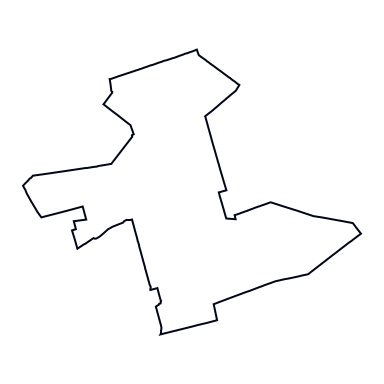 Liebling, Timis, Romania
{"feature_id": "2599482B87528354866966", "entity_name": "Liebling", "entity_type": "district", "adm_level": 2, "iso_a3": "ROU", "parent_name": "Romania", "parent_adm1": "Timis", "projection": "mercator", "projection_center": [21.34, 45.584], "detail": "fine", "context": "isolated", "style": "outline", "palette": "ink", "viewbox_px": 384, "rotation_deg": 0, "n_neighbors": 0, "source": "geoboundaries", "source_scale": "gbopen_adm2", "svg_char_len": 5810}
<svg xmlns="http://www.w3.org/2000/svg" viewBox="0 0 384 384"><path d="M192.0,326.6L195.0,325.8L197.2,325.2L204.3,323.5L205.5,323.3L210.4,322.0L211.8,321.6L213.8,321.1L215.6,320.6L217.1,320.2L216.6,318.0L216.1,315.6L215.4,312.2L213.7,304.2L215.6,303.5L219.4,302.0L220.8,301.5L222.9,300.7L230.3,297.9L242.4,293.4L244.2,292.7L244.5,292.6L246.2,292.0L249.5,290.9L252.2,289.9L255.8,288.5L257.9,287.7L259.2,287.2L262.1,286.2L265.3,284.9L270.7,283.0L275.3,281.3L275.8,281.2L279.8,280.3L281.9,279.8L284.6,279.2L288.7,278.5L292.6,277.7L295.2,277.1L298.6,276.4L300.7,275.8L301.6,275.6L304.5,275.0L308.3,274.2L308.6,273.9L309.8,272.9L313.9,269.7L317.4,267.0L322.6,263.0L327.1,259.5L331.3,256.2L335.8,252.8L342.2,247.8L346.4,244.6L349.1,242.5L349.9,242.0L351.8,240.7L353.0,239.7L356.4,237.1L361.0,233.7L356.3,227.7L353.3,223.7L353.1,223.3L350.9,222.7L346.5,221.9L342.8,221.2L338.3,220.4L335.0,219.8L326.2,218.2L321.8,217.4L318.4,216.9L315.9,216.5L313.3,216.1L308.6,214.5L302.5,212.5L299.5,211.5L297.5,210.8L292.7,209.3L285.0,206.9L275.4,203.8L270.7,202.3L269.4,202.7L268.4,203.1L263.4,204.9L261.5,205.5L259.4,206.3L258.9,206.5L258.5,206.5L256.4,207.3L255.7,207.5L254.6,207.9L253.5,208.4L251.0,209.3L248.9,210.1L248.4,210.3L248.0,210.4L248.0,210.5L247.6,210.7L246.4,211.1L245.1,211.5L243.4,212.1L239.4,213.6L237.7,214.2L234.6,215.2L235.6,219.2L234.0,219.1L230.2,218.8L226.3,218.5L225.7,216.7L225.2,214.9L223.8,210.0L222.6,205.8L221.3,201.4L220.1,197.3L218.9,192.8L218.8,192.4L220.0,192.1L222.0,191.5L223.5,191.1L226.4,190.3L225.7,188.0L225.0,185.7L224.8,184.9L224.1,182.7L223.9,182.1L223.3,180.0L223.1,179.2L222.5,177.4L221.9,175.1L221.4,173.7L221.1,172.6L220.8,171.6L220.6,170.9L220.0,168.8L219.1,165.7L219.1,165.3L218.2,162.5L217.8,161.2L217.4,159.6L216.6,156.9L216.1,155.3L215.8,154.1L215.2,152.0L214.2,148.5L213.6,146.5L213.4,145.8L213.0,144.5L212.7,143.4L212.2,141.6L211.9,140.6L211.3,138.2L209.9,133.2L209.0,130.0L208.8,129.2L208.7,128.9L208.3,127.5L207.9,126.1L207.5,124.5L207.2,123.4L206.8,122.0L205.9,118.8L205.3,116.4L205.2,116.3L206.6,115.1L207.4,114.5L207.8,114.2L208.8,113.4L210.2,112.3L210.9,111.8L211.6,111.2L212.0,110.9L212.5,110.5L213.2,109.9L213.9,109.3L214.3,108.9L216.0,107.5L217.2,106.5L219.8,104.2L220.7,103.4L223.2,101.3L224.0,100.7L225.5,99.4L226.5,98.5L227.2,97.9L230.2,95.4L231.0,94.7L232.2,93.7L233.0,93.1L233.6,92.6L234.3,92.0L234.8,91.6L235.4,91.1L235.7,90.8L235.8,90.7L236.0,90.5L236.9,89.0L237.2,88.4L237.5,88.0L238.1,87.1L238.6,86.3L238.9,85.8L239.1,85.3L239.2,85.1L239.3,85.0L239.0,84.8L238.4,84.3L237.8,84.0L237.4,83.7L237.0,83.4L236.6,83.1L236.2,82.7L234.9,81.7L234.4,81.3L234.2,81.2L233.5,80.7L233.1,80.4L232.7,80.2L232.2,79.8L231.6,79.4L231.1,78.9L230.3,78.2L229.8,77.8L229.2,77.6L228.9,77.4L228.5,77.2L228.3,77.0L228.1,76.8L227.8,76.5L227.3,76.1L226.3,75.4L224.7,74.2L224.0,73.7L223.2,73.1L221.2,71.6L219.9,70.6L219.2,70.2L215.9,67.7L214.8,66.9L214.2,66.4L213.3,65.8L212.6,65.3L211.8,64.7L211.5,64.5L211.2,64.3L210.6,63.9L210.1,63.6L209.5,63.0L209.2,62.8L208.5,62.2L207.2,61.4L206.8,61.1L206.6,60.9L206.3,60.6L206.1,60.4L205.0,59.6L204.4,59.2L203.6,58.6L202.7,58.0L202.2,57.6L200.7,56.6L200.0,56.0L199.3,55.6L198.8,55.1L198.2,53.7L197.9,52.8L197.0,49.9L196.9,49.6L196.0,49.9L195.2,50.3L194.3,50.6L193.8,50.8L193.4,51.0L193.1,51.1L192.6,51.3L192.0,51.5L190.5,52.0L189.7,52.3L189.2,52.5L187.8,53.0L186.9,53.3L186.1,53.5L185.9,53.5L185.1,53.7L184.4,54.0L184.2,54.1L183.8,54.3L183.6,54.4L181.9,55.0L181.4,55.2L181.0,55.3L180.5,55.5L180.1,55.6L179.7,55.8L179.2,55.9L178.7,56.1L178.1,56.4L177.4,56.6L177.0,56.8L176.6,56.9L176.3,57.1L176.0,57.1L175.8,57.2L175.7,57.3L175.4,57.4L174.9,57.6L174.2,57.8L173.7,57.9L172.4,58.3L169.1,59.4L167.0,60.1L165.0,60.6L163.8,60.9L163.3,61.1L161.8,61.7L161.5,61.8L160.6,62.1L159.3,62.5L158.7,62.7L158.1,62.9L157.8,63.0L157.1,63.3L156.6,63.4L156.3,63.6L155.4,63.9L154.7,64.2L154.0,64.4L153.1,64.8L152.5,64.9L151.9,65.1L151.0,65.3L150.4,65.4L149.8,65.7L149.2,65.9L148.6,66.1L148.1,66.3L146.8,66.8L144.5,67.5L141.7,68.6L140.3,69.0L137.5,70.0L136.4,70.3L134.4,71.0L132.6,71.6L130.2,72.4L129.0,72.8L126.8,73.5L125.3,74.0L123.0,74.8L121.5,75.3L119.6,75.9L118.1,76.4L111.4,78.8L110.0,79.1L109.7,79.1L110.6,84.9L111.2,89.9L111.3,90.7L111.4,91.1L111.6,91.4L112.3,92.0L112.2,92.6L111.6,93.5L103.6,104.2L103.5,104.3L113.0,111.7L117.7,115.2L125.4,121.3L130.5,125.2L133.7,134.3L132.0,135.1L131.9,135.3L132.2,136.8L125.2,145.8L111.3,163.9L97.9,166.1L97.4,166.5L93.2,167.0L86.4,168.1L85.7,168.0L81.7,168.6L73.7,169.8L63.6,171.3L49.9,173.3L43.7,174.2L32.8,175.7L32.2,176.6L31.6,177.2L30.9,178.0L30.1,178.4L29.6,178.7L27.6,181.1L25.6,183.0L23.0,185.8L23.5,186.7L24.3,188.2L25.4,189.9L26.2,192.1L26.9,193.8L28.1,195.8L31.3,201.7L32.1,202.9L37.6,212.2L41.4,217.4L44.0,216.7L53.0,214.4L58.8,212.9L69.1,210.2L82.7,206.5L86.2,219.6L73.8,221.2L75.5,227.7L75.9,229.2L72.0,230.4L74.9,239.8L75.8,243.0L77.4,248.7L83.7,244.5L84.0,244.3L84.7,244.1L86.4,243.0L93.5,238.1L94.9,238.7L95.4,238.7L96.8,238.3L97.6,237.8L99.5,236.7L103.6,233.3L107.3,229.9L108.0,229.3L110.4,228.0L112.2,226.9L119.2,224.1L122.9,222.7L123.6,222.0L124.2,221.1L125.2,220.6L126.6,219.9L128.1,220.0L129.3,220.0L130.1,220.0L130.9,219.8L132.0,219.5L134.3,228.0L135.4,232.2L136.9,237.4L137.6,240.5L137.6,240.9L138.0,241.6L138.4,243.0L138.8,244.2L139.1,245.1L139.1,246.1L140.5,251.0L143.9,263.5L144.8,266.6L145.1,268.2L147.2,275.7L148.8,281.6L149.8,285.2L150.5,286.2L150.7,287.4L150.3,289.5L150.4,290.0L157.4,288.1L158.0,290.5L158.8,293.5L160.1,298.4L160.6,300.0L161.1,300.9L160.8,301.2L160.7,301.7L160.8,302.6L160.5,303.5L159.9,303.6L159.5,303.7L159.1,303.8L158.9,304.2L158.6,305.0L158.2,305.2L157.6,305.4L157.1,305.7L156.7,306.1L156.3,306.6L155.9,306.7L159.0,318.2L160.8,324.7L161.5,327.9L161.4,328.7L161.3,329.0L161.1,330.4L160.9,333.7L160.5,334.4L192.0,326.6Z" fill="none" stroke="#020617" stroke-width="2"/></svg>